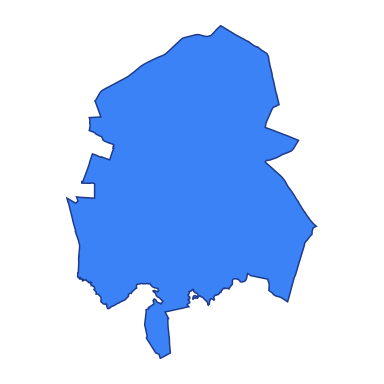 outline of Vērēmu pag., Rezeknes, Latvia, rotated 91°
{"feature_id": "27541924B33063248942187", "entity_name": "Vērēmu pag.", "entity_type": "district", "adm_level": 2, "iso_a3": "LVA", "parent_name": "Latvia", "parent_adm1": "Rezeknes", "projection": "orthographic", "projection_center": [27.375, 56.565], "detail": "fine", "context": "isolated", "style": "filled", "palette": "blue", "viewbox_px": 384, "rotation_deg": 91, "n_neighbors": 0, "source": "geoboundaries", "source_scale": "gbopen_adm2", "svg_char_len": 5933}
<svg xmlns="http://www.w3.org/2000/svg" viewBox="0 0 384 384"><g transform="rotate(91 192 192)"><path d="M224.1,67.1L221.6,70.1L218.5,72.9L213.3,76.8L210.1,78.9L210.2,79.1L202.1,84.4L200.1,85.4L196.2,88.2L193.2,89.9L192.1,90.8L189.5,92.5L184.9,96.1L178.5,99.8L174.9,103.0L160.7,119.4L159.1,118.1L158.9,116.1L158.6,114.4L156.6,109.0L155.8,107.1L154.6,105.0L153.1,102.6L151.2,97.8L149.4,93.7L148.4,92.5L146.9,91.3L138.5,86.4L137.0,90.3L133.7,98.7L133.1,100.7L128.9,112.1L126.2,119.9L121.7,119.2L109.0,113.9L106.2,112.6L103.1,106.5L92.1,109.3L91.4,109.7L78.9,112.6L75.0,113.8L74.1,113.8L71.7,114.2L64.0,116.3L58.9,117.4L55.3,117.9L52.3,119.5L48.5,125.6L45.7,129.0L45.7,129.4L46.0,129.9L43.9,133.7L40.6,138.1L39.6,140.6L38.6,142.2L36.2,147.0L33.9,151.4L25.2,166.2L28.6,169.8L34.5,175.0L35.1,175.7L35.5,176.5L36.2,179.2L36.2,180.7L36.0,182.1L34.5,188.2L34.5,189.5L34.7,190.9L37.8,202.3L38.3,203.8L39.6,205.5L53.0,219.3L54.7,221.3L55.6,222.7L57.9,228.2L60.0,232.6L63.2,238.8L65.3,242.5L67.5,245.7L72.9,252.0L77.1,257.3L78.5,259.3L80.0,262.0L86.4,273.6L87.7,275.9L87.8,275.9L89.0,278.4L91.6,282.9L92.1,283.7L93.1,284.8L94.9,286.1L101.8,289.8L102.8,290.7L103.5,290.2L105.5,289.4L118.5,284.4L118.7,286.5L119.4,296.0L121.8,295.3L124.6,295.4L127.6,295.0L132.4,295.8L133.6,292.1L134.7,289.9L135.8,289.0L137.6,285.3L138.2,283.5L138.7,283.1L141.9,281.6L142.7,280.2L144.2,276.5L145.5,272.4L145.8,271.3L146.2,271.0L147.7,271.6L147.9,271.2L149.4,271.8L149.5,271.0L154.3,272.7L161.3,274.9L158.7,282.5L158.4,283.3L158.9,283.5L157.8,286.5L157.2,287.6L155.6,292.2L163.1,294.6L166.8,295.5L183.5,301.3L183.5,302.4L185.0,302.4L185.1,300.9L185.1,300.7L185.0,293.4L184.7,291.8L185.2,290.1L185.5,289.5L199.9,289.3L199.3,303.0L198.9,307.4L202.9,305.8L205.3,308.0L200.3,316.9L204.4,315.8L204.5,315.5L218.9,311.6L223.4,310.5L233.2,307.6L233.5,308.0L242.1,304.8L246.9,303.5L249.3,303.4L258.5,304.1L258.5,303.9L260.6,304.2L265.1,304.0L274.6,304.3L274.6,304.7L278.3,304.9L279.5,304.4L279.6,304.1L279.5,303.8L279.9,303.5L279.4,302.9L279.3,302.4L279.4,302.2L281.0,302.7L281.2,302.4L280.6,301.6L281.1,299.9L281.3,299.9L281.3,300.3L281.5,300.4L281.9,299.8L282.8,299.9L282.8,299.6L282.2,298.9L282.1,299.0L281.7,298.7L282.1,297.3L281.4,296.5L282.3,296.1L282.8,295.6L283.1,294.4L283.6,294.5L283.8,293.9L284.4,293.6L284.6,293.3L284.2,291.9L283.8,291.5L284.3,290.9L284.8,292.0L286.9,291.2L287.4,291.1L287.0,289.9L288.1,289.3L288.3,288.2L290.3,287.5L291.1,288.4L294.0,285.9L295.7,286.2L295.8,284.4L296.1,283.9L297.9,282.0L299.4,281.0L302.8,281.2L303.4,281.1L304.4,279.7L305.3,279.0L305.8,277.0L305.6,276.4L305.4,276.2L305.5,275.6L305.6,275.4L306.2,275.2L307.2,275.4L309.7,274.5L310.2,273.7L309.6,272.4L308.0,270.6L307.0,268.2L304.6,264.2L304.1,262.9L303.3,261.9L301.3,257.5L298.2,254.4L297.2,253.6L295.4,253.8L294.1,251.6L294.4,251.0L292.8,250.1L289.3,246.4L289.1,245.7L287.2,245.9L285.9,245.9L285.4,245.3L285.1,244.6L284.7,242.0L284.2,241.1L284.2,240.6L284.5,240.2L284.7,239.2L284.5,238.7L284.6,237.9L284.5,236.5L284.1,235.6L284.6,234.3L284.5,233.3L284.2,232.3L285.5,231.9L285.8,231.4L287.2,230.2L288.1,228.6L288.5,227.6L288.5,226.9L289.0,224.8L289.5,224.3L291.0,223.8L291.9,224.1L292.1,224.5L292.2,224.9L292.0,225.3L291.6,226.8L291.2,227.7L291.2,228.5L291.6,229.2L292.2,229.0L293.7,227.0L294.4,226.6L296.5,225.7L297.6,224.3L298.8,222.2L300.9,220.3L301.4,219.8L301.5,219.2L301.8,219.2L302.6,219.5L303.1,220.1L304.3,220.7L304.5,221.1L303.7,221.8L303.6,222.2L303.7,222.7L302.5,225.3L300.7,226.1L299.6,228.0L300.1,228.4L301.0,228.7L301.2,229.0L304.6,228.1L305.9,229.9L308.3,233.6L309.4,233.1L310.6,235.9L312.0,235.7L325.5,237.0L337.0,234.3L338.8,235.1L353.6,225.4L354.7,222.3L358.8,220.8L358.3,219.6L353.3,210.8L344.6,211.8L338.1,212.1L336.8,212.4L326.2,213.7L319.3,214.0L319.0,213.2L312.4,216.8L310.8,209.9L310.2,207.5L308.7,201.1L308.6,200.4L307.3,195.6L306.8,193.1L304.9,194.9L304.4,194.9L302.8,192.4L302.0,192.4L301.2,192.7L300.8,193.1L300.0,194.1L299.2,193.6L299.2,193.1L299.0,192.7L298.3,192.3L297.7,192.4L297.6,192.8L297.3,193.0L296.9,193.0L296.7,192.7L296.4,192.9L296.0,194.0L295.5,194.1L294.7,194.0L294.0,193.2L292.1,193.0L291.5,193.2L291.3,192.9L291.4,192.2L291.0,191.7L290.8,190.9L290.5,190.8L289.3,189.6L289.4,189.1L289.7,188.7L290.0,188.8L289.9,189.1L290.4,189.1L290.9,188.8L292.3,187.5L292.8,186.9L292.8,186.3L293.3,185.3L294.0,184.5L295.1,184.2L296.2,184.1L296.5,185.0L296.1,186.0L295.6,186.7L295.6,187.6L295.7,188.1L296.5,188.9L298.7,189.4L299.2,189.2L299.0,188.8L298.4,188.4L298.0,187.8L297.9,187.1L297.7,187.0L297.7,186.7L297.8,186.6L297.8,186.3L298.0,186.2L297.9,186.0L298.1,185.1L298.0,184.7L296.5,183.5L295.7,182.6L295.7,182.1L296.1,181.8L296.8,180.7L297.2,179.4L300.1,176.7L301.5,174.9L303.1,174.4L304.4,174.2L304.9,173.7L303.8,172.7L300.5,172.5L299.8,171.9L298.6,171.9L298.5,171.0L298.4,170.6L299.6,168.3L299.6,167.9L299.4,167.7L298.9,167.7L298.3,168.1L296.7,168.5L296.1,168.1L295.6,167.7L295.4,167.4L294.8,167.1L294.5,166.6L294.6,166.4L294.5,166.2L294.7,165.9L294.7,165.7L294.3,165.0L294.1,164.9L294.2,164.6L294.1,164.1L293.7,163.9L293.5,163.6L293.5,163.4L293.3,163.1L292.8,162.7L292.0,162.6L291.9,162.2L291.9,161.5L291.8,161.4L291.4,161.1L290.3,161.1L289.6,160.1L289.3,159.9L289.0,160.0L288.8,159.7L288.2,159.4L287.9,159.0L287.8,158.6L288.1,158.0L287.3,157.2L287.9,155.9L287.9,155.4L287.6,154.9L287.6,154.5L288.1,153.6L288.3,153.3L286.4,152.4L283.6,150.1L282.2,150.0L280.2,150.1L279.4,150.0L278.4,149.2L278.1,148.6L278.0,148.2L278.1,146.5L278.5,144.4L279.0,143.7L280.8,142.1L281.1,141.4L281.1,140.5L280.7,138.7L280.0,137.4L279.6,137.0L278.6,136.4L276.7,135.8L272.6,135.1L273.1,133.9L274.6,131.8L277.8,114.9L282.7,113.2L289.1,113.4L291.6,109.9L293.1,108.7L294.5,106.3L295.3,103.0L296.1,100.8L300.1,94.5L292.6,92.5L285.6,90.8L276.1,88.4L272.5,86.9L262.2,84.1L244.7,79.1L243.0,78.7L240.9,78.4L237.0,75.2L233.6,72.7L232.3,71.3L228.9,71.2L227.3,70.6L226.5,70.6L225.9,70.1L224.8,68.6L224.1,67.1Z" fill="#3b82f6" stroke="#1e3a8a" stroke-width="1.5"/></g></svg>